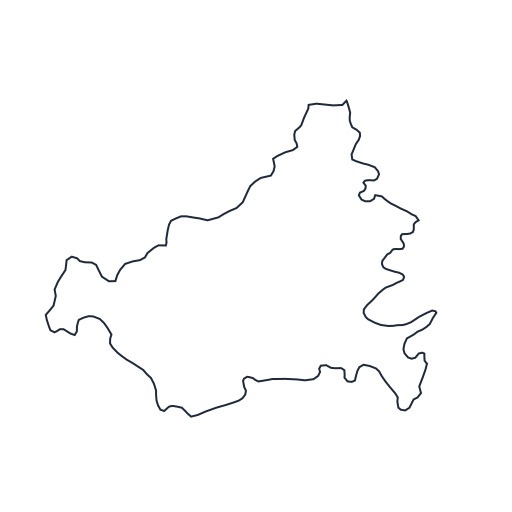 Loyew, Gomel, Belarus, rotated 193°
{"feature_id": "67162791B2494752626310", "entity_name": "Loyew", "entity_type": "district", "adm_level": 2, "iso_a3": "BLR", "parent_name": "Belarus", "parent_adm1": "Gomel", "projection": "natural_earth1", "projection_center": [30.598, 51.937], "detail": "fine", "context": "isolated", "style": "outline", "palette": "slate", "viewbox_px": 512, "rotation_deg": 193, "n_neighbors": 0, "source": "geoboundaries", "source_scale": "gbopen_adm2", "svg_char_len": 3846}
<svg xmlns="http://www.w3.org/2000/svg" viewBox="0 0 512 512"><g transform="rotate(193 256 256)"><path d="M283.1,84.9L277.0,88.0L270.0,93.2L260.5,99.3L251.1,104.5L243.8,108.9L240.3,111.2L237.3,114.2L235.3,118.5L235.5,122.5L238.1,125.8L239.5,129.1L240.5,131.4L240.1,133.8L237.5,136.3L235.1,136.5L231.4,136.3L229.1,135.2L225.5,134.3L221.0,136.1L216.9,137.8L212.4,139.8L207.0,141.1L199.7,142.9L188.6,144.9L180.3,145.9L172.3,148.9L168.5,153.1L167.5,157.4L169.1,160.4L168.2,163.7L163.1,165.4L157.7,163.9L153.9,164.4L147.8,165.9L144.3,164.7L143.0,160.6L142.4,157.4L138.6,154.4L134.4,154.9L131.6,156.9L131.6,161.9L131.3,167.2L130.3,170.9L126.8,174.2L120.4,174.4L113.7,173.4L110.2,171.4L106.4,167.2L101.7,162.9L96.3,158.6L89.3,153.4L86.1,150.1L85.5,145.9L83.2,140.3L80.4,138.8L75.9,139.1L72.4,142.6L71.4,146.6L70.2,151.6L66.7,154.6L64.4,159.6L64.5,159.7L67.6,165.7L66.3,174.9L65.3,183.5L65.2,189.5L65.3,189.5L68.2,192.0L69.2,195.4L70.0,198.8L72.3,199.2L75.5,197.6L76.8,194.9L78.0,192.6L81.4,190.9L85.1,191.4L89.4,194.6L91.4,198.4L91.6,204.1L90.4,209.7L87.7,212.1L84.3,215.3L81.8,218.4L77.1,221.9L73.9,225.3L71.4,228.8L69.6,235.7L67.5,241.2L68.7,242.5L72.0,242.5L76.9,238.9L83.2,233.6L86.5,230.1L90.0,226.4L93.8,223.7L97.5,221.7L102.0,220.6L106.7,218.8L111.2,217.6L116.5,217.1L118.7,216.9L125.2,217.7L132.6,219.6L135.4,221.3L138.3,224.8L138.9,228.3L136.6,233.3L133.4,238.0L131.1,241.8L128.3,247.0L125.0,251.5L122.5,254.4L116.4,258.4L113.0,261.4L109.9,263.7L107.5,265.6L107.0,268.2L107.1,269.1L108.8,270.9L112.7,271.9L117.7,271.9L121.6,272.2L126.5,272.6L129.4,273.7L131.5,276.5L131.8,279.7L130.2,283.2L128.4,287.2L125.9,289.3L124.8,292.0L123.7,293.5L121.2,294.3L117.7,295.0L114.9,296.0L114.1,297.8L114.1,299.4L115.1,301.6L118.8,305.1L119.4,308.2L118.6,310.1L114.3,311.3L111.1,312.4L108.6,314.5L108.2,317.1L108.6,319.0L109.4,322.4L108.2,324.8L105.6,327.3L109.4,330.8L113.5,331.6L119.0,333.5L125.7,334.8L131.9,336.5L136.1,337.4L140.2,339.0L143.5,340.5L146.8,342.4L153.5,342.1L153.9,338.2L157.2,335.0L161.9,333.9L165.9,334.7L169.4,338.2L169.0,341.1L165.5,343.7L164.5,346.3L164.9,349.2L167.8,351.6L166.9,353.7L165.3,354.6L162.2,355.5L158.1,356.1L155.5,358.4L154.5,363.3L156.1,366.0L160.2,369.2L167.1,370.2L172.4,370.2L179.8,370.9L183.9,371.7L185.7,376.4L184.8,382.1L183.9,387.5L182.0,392.4L181.6,396.4L182.6,399.5L186.3,401.6L191.2,403.1L193.5,406.3L195.1,409.0L195.9,412.1L196.5,416.8L198.1,419.9L199.8,423.0L202.4,427.3L202.8,427.7L205.8,422.6L214.7,420.1L231.4,418.0L238.7,415.1L238.2,411.4L240.3,401.4L241.3,393.6L242.4,391.5L246.0,386.5L246.0,382.8L244.4,377.8L241.8,374.9L240.3,371.6L243.9,367.5L250.7,363.7L257.5,358.4L261.2,354.6L258.0,347.6L258.0,342.6L259.6,337.7L269.0,333.1L273.7,328.2L277.3,322.8L278.4,318.3L281.0,305.4L285.7,298.4L291.9,293.9L297.2,289.3L301.3,285.2L311.2,279.9L319.6,279.9L325.9,279.4L332.7,279.0L337.9,277.8L342.6,274.5L346.7,271.2L347.8,267.1L347.8,260.9L347.2,252.2L346.2,248.9L346.2,246.0L353.5,244.4L357.2,241.1L362.4,234.5L363.9,229.6L368.1,225.9L374.9,223.0L381.7,218.9L385.3,211.9L386.9,206.1L387.4,199.9L393.6,198.3L401.5,201.2L406.2,206.9L409.8,211.4L414.5,212.7L421.3,211.4L426.5,211.4L429.7,213.5L435.4,213.9L439.6,209.4L439.0,204.4L438.5,199.5L441.1,192.5L443.2,186.3L444.7,178.1L442.1,172.0L442.1,162.1L444.7,156.8L447.6,151.3L445.3,146.4L441.6,140.3L439.6,137.4L435.2,136.3L433.2,137.9L430.5,140.6L427.1,141.4L419.3,138.7L414.9,138.2L413.6,142.2L414.6,147.0L414.6,151.0L414.3,153.9L410.2,157.1L405.5,159.7L401.1,160.5L394.0,159.5L389.0,156.5L384.6,152.6L379.2,147.0L379.5,142.5L378.5,137.9L375.1,134.5L369.4,130.8L365.6,128.9L358.9,126.0L352.1,123.9L340.3,119.6L335.9,116.4L330.9,113.5L326.8,108.7L323.1,102.4L322.1,98.1L320.4,92.8L318.0,88.6L314.6,84.8L310.6,84.3L307.5,88.8L306.5,89.9L303.5,91.2L298.4,91.5L294.1,91.5L289.7,88.8L287.0,87.0L283.1,84.9Z" fill="none" stroke="#1e293b" stroke-width="2"/></g></svg>